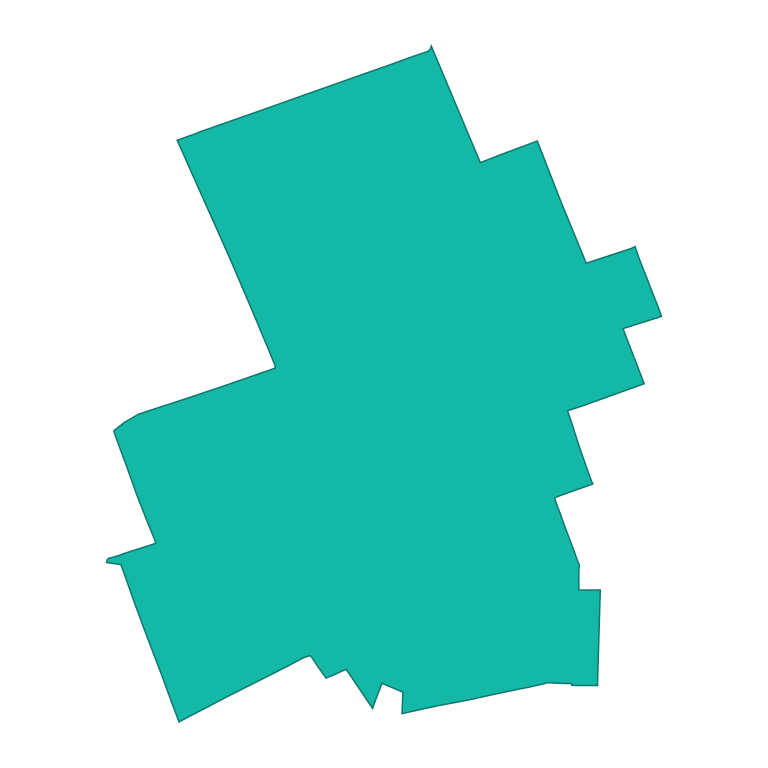 Giubega, Dolj, Romania (Equal Earth projection)
{"feature_id": "2599482B62165457111039", "entity_name": "Giubega", "entity_type": "district", "adm_level": 2, "iso_a3": "ROU", "parent_name": "Romania", "parent_adm1": "Dolj", "projection": "equal_earth", "projection_center": [23.399, 44.159], "detail": "fine", "context": "isolated", "style": "filled", "palette": "teal", "viewbox_px": 768, "rotation_deg": 0, "n_neighbors": 0, "source": "geoboundaries", "source_scale": "gbopen_adm2", "svg_char_len": 2209}
<svg xmlns="http://www.w3.org/2000/svg" viewBox="0 0 768 768"><path d="M597.6,684.0L597.6,680.3L598.9,637.0L600.3,590.0L578.9,590.0L578.8,573.9L579.0,568.6L579.4,565.1L577.8,561.3L575.6,555.5L574.3,551.5L565.3,527.9L560.0,513.0L557.2,505.6L554.5,497.9L559.3,495.9L592.8,484.0L591.4,480.8L589.8,476.6L585.8,465.2L582.3,455.3L579.9,448.4L576.4,437.8L573.2,427.4L569.3,415.9L567.5,410.8L582.2,406.0L644.2,383.7L623.0,328.6L660.6,316.7L661.5,316.4L658.7,308.3L649.1,284.0L646.2,276.3L639.6,259.7L635.0,246.5L631.1,248.5L586.2,263.2L561.1,202.1L537.3,141.0L500.1,154.9L480.3,162.6L431.3,46.1L431.0,47.1L430.4,48.8L429.7,49.7L428.5,51.0L427.6,51.5L425.9,52.0L409.1,57.8L384.1,66.9L369.6,71.9L305.4,94.6L268.3,107.8L201.5,131.3L197.8,132.8L192.3,134.9L189.0,136.0L182.7,138.3L177.1,140.3L177.5,141.0L180.7,148.2L183.7,154.8L190.3,169.8L196.4,183.4L201.9,195.7L205.6,204.0L210.1,214.1L217.8,231.3L220.8,238.0L223.2,243.4L225.4,248.4L227.3,252.7L229.4,257.2L230.2,259.1L239.3,280.4L255.2,317.7L263.8,338.4L267.3,346.6L274.4,363.9L275.5,368.0L229.5,384.0L210.6,390.4L204.3,392.5L198.4,394.5L183.8,399.4L177.3,401.5L168.7,404.3L159.1,407.4L149.7,410.5L142.8,412.8L138.6,414.2L124.7,422.2L117.7,427.7L114.1,430.6L114.0,430.9L113.9,431.3L113.9,431.5L116.0,437.5L121.2,451.8L126.1,464.9L129.8,475.2L136.1,493.0L138.5,499.4L140.3,504.0L142.3,508.9L145.0,515.9L148.1,523.8L150.7,529.9L153.1,535.8L155.3,541.4L155.7,543.2L155.1,543.5L150.7,545.0L125.5,553.0L118.0,555.7L114.9,556.7L111.9,557.5L109.2,558.2L108.3,558.5L107.6,559.3L107.3,559.9L106.5,562.5L121.0,564.7L134.7,603.4L146.6,635.6L160.6,672.2L171.7,702.5L179.0,721.9L193.7,714.1L203.8,709.0L221.7,699.5L234.5,693.0L276.4,671.9L282.4,668.8L291.0,664.4L301.2,658.9L305.1,657.2L307.3,656.4L309.2,655.9L310.1,655.7L310.8,656.1L312.2,658.0L316.3,664.2L318.5,667.4L326.0,678.1L326.8,677.7L334.0,674.8L341.5,671.3L346.2,669.4L349.9,674.8L372.6,708.5L375.8,699.3L381.0,686.0L382.1,683.4L384.1,684.2L394.0,688.4L402.9,692.2L402.0,713.6L423.6,708.8L438.2,705.7L470.3,699.6L491.4,694.9L518.1,689.3L530.1,686.9L544.6,683.6L547.0,682.8L551.4,682.9L558.3,683.3L571.6,683.6L571.8,685.4L578.3,685.5L597.6,685.5L597.6,684.0Z" fill="#14b8a6" stroke="#0f766e" stroke-width="1.5"/></svg>